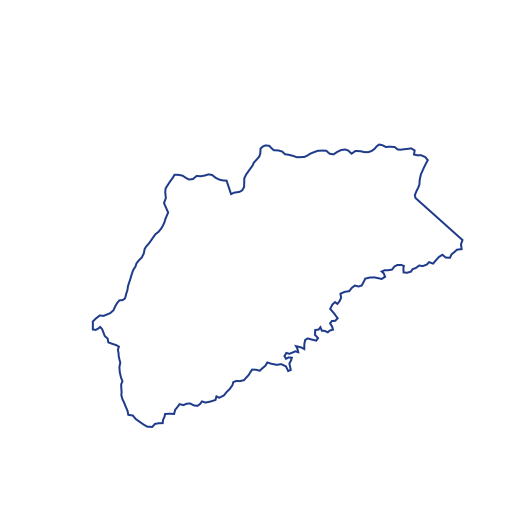 the district of Boa Esperança do Sul, São Paulo, Brazil, rotated 145°
{"feature_id": "56859067B58098151233550", "entity_name": "Boa Esperança do Sul", "entity_type": "district", "adm_level": 2, "iso_a3": "BRA", "parent_name": "Brazil", "parent_adm1": "São Paulo", "projection": "mercator", "projection_center": [-48.46, -21.949], "detail": "fine", "context": "isolated", "style": "outline", "palette": "blue", "viewbox_px": 512, "rotation_deg": 145, "n_neighbors": 0, "source": "geoboundaries", "source_scale": "gbopen_adm2", "svg_char_len": 3743}
<svg xmlns="http://www.w3.org/2000/svg" viewBox="0 0 512 512"><g transform="rotate(145 256 256)"><path d="M321.3,162.9L318.8,159.9L315.0,160.4L311.3,160.7L307.8,162.3L305.3,159.0L301.4,154.9L297.3,152.9L294.8,148.4L295.6,143.3L292.9,142.7L291.4,146.2L290.3,148.8L287.6,150.1L285.0,152.1L287.4,154.2L290.4,154.6L290.1,157.7L286.7,159.2L284.9,156.8L282.0,156.1L278.4,155.3L276.6,153.0L275.3,156.2L274.9,159.2L271.4,155.2L269.8,152.1L266.8,156.3L263.8,159.0L260.9,158.8L258.7,156.1L255.2,152.1L252.3,153.2L252.9,157.5L250.0,161.4L246.8,159.8L244.1,160.7L244.9,157.0L242.6,155.2L241.0,152.3L238.3,152.6L235.2,151.5L234.2,154.3L233.9,158.4L231.2,159.2L228.3,157.5L224.9,158.1L224.9,162.8L225.2,166.8L225.6,170.1L221.3,172.4L217.7,172.9L216.8,170.1L213.6,171.0L210.3,172.9L208.4,176.7L203.8,175.7L199.7,173.7L196.1,174.9L192.0,175.1L189.5,172.2L186.2,171.2L179.4,174.8L174.8,172.9L171.1,170.4L168.3,167.4L166.2,165.1L162.2,164.9L161.3,168.5L161.9,171.2L158.7,170.5L156.2,168.7L152.4,166.8L148.7,168.0L145.5,167.6L142.2,165.4L140.6,163.1L142.6,161.0L144.5,157.9L142.0,155.7L138.1,154.3L135.3,155.4L132.0,154.5L127.8,154.6L125.2,152.1L121.0,151.0L117.8,151.7L115.3,148.2L111.2,149.3L106.6,150.3L102.6,150.1L101.5,145.9L98.1,143.3L94.9,145.2L91.7,145.4L87.8,145.9L83.6,143.7L81.4,148.0L77.7,150.6L92.1,212.0L91.0,214.7L87.2,217.2L84.1,218.8L81.3,220.7L78.2,224.5L74.1,228.3L70.4,230.5L67.7,232.1L64.1,234.1L60.3,236.0L60.6,239.9L62.9,243.8L65.9,245.8L68.4,248.5L65.5,251.5L67.2,255.2L70.6,256.9L74.0,258.8L76.5,260.1L78.8,261.9L80.0,265.8L83.7,268.8L87.1,270.8L88.9,274.2L91.2,276.7L94.3,276.6L97.7,275.7L101.1,275.7L104.5,276.7L107.6,278.9L110.3,281.9L114.3,285.0L119.0,285.0L120.0,289.6L122.0,292.2L125.6,294.0L130.0,294.7L134.2,294.8L137.0,297.5L138.1,301.9L141.3,304.4L145.2,306.8L149.8,308.0L153.0,308.7L156.3,308.8L159.6,309.4L162.6,311.3L165.9,313.5L168.1,316.6L170.9,319.9L173.9,322.8L174.6,326.5L177.2,329.7L180.7,332.4L181.5,335.5L181.9,338.6L184.7,341.1L187.8,341.8L190.6,341.4L193.7,337.5L196.4,335.5L200.2,334.6L204.3,333.7L206.8,332.1L211.8,330.4L217.1,328.5L221.0,326.4L226.2,319.3L229.7,317.7L232.7,318.0L237.8,320.5L240.9,321.0L236.9,334.6L239.8,336.9L242.3,339.7L244.2,343.2L245.5,347.6L248.1,350.1L251.8,351.3L255.5,353.0L258.7,355.6L263.6,355.2L267.0,357.1L268.5,359.9L270.1,364.0L272.9,366.9L276.2,369.3L279.0,367.9L283.7,366.3L287.5,364.8L291.3,363.2L293.7,360.4L296.6,355.2L301.0,352.1L302.4,345.2L303.0,342.0L308.7,338.5L311.7,336.1L315.0,334.2L317.9,332.9L322.0,331.7L326.1,331.5L335.9,327.9L340.7,326.7L343.2,325.6L346.5,322.4L350.4,320.3L354.1,319.7L358.2,318.5L360.6,316.6L364.5,315.0L368.2,312.4L372.3,309.1L375.3,306.9L378.2,304.7L380.8,301.9L384.2,299.3L387.6,296.4L390.6,296.4L393.3,298.0L396.5,297.2L399.7,295.8L403.9,293.3L408.3,292.8L411.8,293.6L415.2,294.4L418.1,296.9L423.5,296.6L427.3,295.9L429.0,293.3L431.8,289.4L429.7,287.4L427.0,287.1L424.3,287.2L424.0,284.3L425.8,277.2L424.9,273.5L426.5,269.9L424.0,266.3L421.7,263.3L420.3,260.4L423.0,258.3L424.2,255.5L425.9,252.7L427.3,249.4L428.4,246.4L431.7,243.3L434.3,238.8L436.2,234.1L437.3,229.9L440.0,228.3L442.4,224.6L444.3,221.4L446.1,219.3L447.5,215.5L448.2,211.3L449.2,207.1L450.0,203.0L451.7,199.1L448.4,196.0L448.0,191.3L446.5,187.1L444.8,182.5L443.0,178.6L439.1,175.5L435.0,176.4L431.4,174.7L428.3,172.6L426.0,175.2L423.1,176.8L421.1,178.7L417.4,176.5L413.7,173.6L410.4,176.4L407.4,177.2L403.6,178.5L401.0,175.5L397.4,174.7L394.5,172.9L392.6,169.3L389.9,166.8L386.5,166.9L383.7,167.9L381.4,164.9L377.3,163.1L371.8,161.3L368.9,163.7L367.5,161.0L362.4,160.2L357.8,161.5L353.9,162.1L349.4,163.7L346.9,165.7L343.7,164.9L341.1,162.8L337.1,161.2L333.2,162.1L330.3,162.7L327.4,164.0L324.4,165.2L321.3,162.9Z" fill="none" stroke="#1e3a8a" stroke-width="2"/></g></svg>